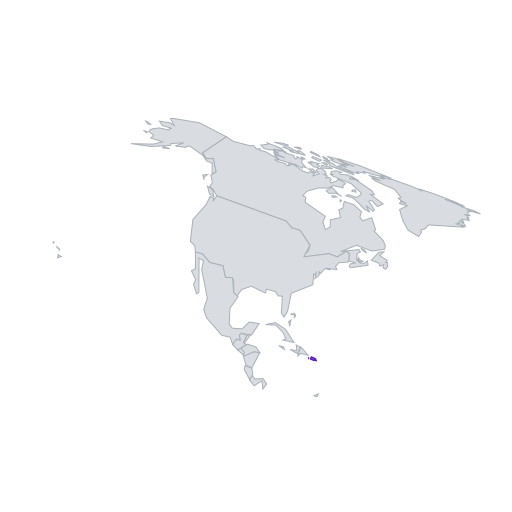 Puerto Rico on a map of North America (Equal Earth projection), rotated 21°
{"feature_id": "PRI", "entity_name": "Puerto Rico", "entity_type": "country or territory", "adm_level": 0, "iso_a3": "PRI", "parent_name": "North America", "parent_adm1": "", "projection": "equal_earth", "projection_center": [-66.749, 18.235], "detail": "fine", "context": "in_parent", "style": "filled", "palette": "violet", "viewbox_px": 512, "rotation_deg": 21, "n_neighbors": 17, "source": "natural_earth", "source_scale": "50m", "svg_char_len": 9585}
<svg xmlns="http://www.w3.org/2000/svg" viewBox="0 0 512 512"><g transform="rotate(21 256 256)"><path d="M197.8,213.9L192.2,209.2L188.0,207.9L189.0,203.0L184.9,196.8L188.5,191.8L181.2,180.4L175.0,182.9L168.9,178.9L185.5,155.3L193.8,157.1L211.1,155.2L214.2,153.7L217.9,155.8L221.7,154.4L221.0,156.0L227.6,155.2L239.9,157.1L242.3,158.3L238.7,159.4L242.4,159.9L250.5,159.2L252.3,160.6L255.2,159.4L253.3,158.4L255.1,157.7L259.6,157.3L268.9,160.0L275.6,159.7L275.8,158.2L277.9,157.8L281.0,158.6L280.3,160.8L285.6,156.7L281.5,154.5L282.4,152.2L285.4,150.7L289.9,152.0L292.2,154.3L290.0,155.4L293.9,155.8L293.3,158.1L296.6,156.3L298.9,157.8L297.9,159.5L299.7,161.0L304.3,157.4L304.9,155.0L311.0,155.5L313.7,156.5L311.9,158.9L312.8,161.2L302.9,162.6L298.5,167.0L290.2,170.0L280.3,177.2L278.0,182.8L281.4,183.2L282.6,188.2L306.5,194.1L306.2,200.0L311.2,206.6L314.9,202.2L312.4,195.6L321.1,189.9L316.8,183.2L319.9,180.2L318.8,173.4L328.7,173.0L338.5,176.8L339.1,182.7L343.0,184.9L350.3,178.8L358.3,188.6L357.4,190.5L368.8,195.7L373.1,200.0L373.5,203.6L362.6,209.8L346.1,209.9L333.5,221.4L349.6,213.2L352.0,214.8L349.5,217.1L351.3,223.4L354.8,225.1L359.2,224.6L361.8,220.7L363.9,224.5L349.0,232.8L346.9,232.6L346.8,229.6L351.5,226.7L344.1,227.2L342.4,220.5L338.6,219.2L332.3,227.7L323.2,227.7L301.7,239.6L299.8,238.5L303.1,232.8L302.5,226.5L288.0,216.3L279.3,216.9L271.6,212.6L197.8,213.9ZM305.1,173.0L307.0,171.8L310.2,171.8L307.2,173.8L305.1,173.0ZM318.0,149.0L316.1,147.4L325.4,149.0L320.9,148.9L318.0,149.0ZM314.9,175.2L314.5,173.2L316.0,173.8L314.9,175.2ZM290.4,145.1L289.1,145.8L283.9,145.2L288.3,144.0L290.4,145.1ZM291.3,141.0L286.6,141.0L286.2,140.6L290.2,140.6L291.3,141.0ZM282.4,139.2L288.3,139.8L284.5,140.6L282.4,139.2ZM318.5,145.2L292.8,145.3L290.6,142.9L284.3,142.2L295.4,142.2L299.7,144.0L316.1,143.9L318.5,145.2ZM254.1,140.3L259.7,140.4L252.2,140.7L254.1,140.3ZM257.1,139.2L260.5,139.5L254.7,139.8L257.1,139.2ZM373.9,206.3L371.2,211.2L380.0,213.1L379.4,215.6L381.2,215.0L382.7,218.9L381.8,221.9L378.8,221.4L378.4,218.2L375.5,221.1L373.1,218.6L365.1,218.7L369.5,208.2L373.9,206.3ZM302.2,164.6L311.3,169.0L314.6,169.6L307.8,168.7L301.8,171.4L298.2,170.1L302.2,164.6ZM315.8,150.5L322.1,149.1L340.8,153.6L344.7,156.5L340.7,157.5L356.0,161.8L351.6,166.4L345.2,163.0L342.3,163.3L342.0,164.7L350.0,170.5L349.2,172.4L340.5,169.6L346.5,174.4L340.2,173.3L326.8,167.2L318.4,167.5L320.0,165.6L328.9,165.3L332.1,160.8L330.8,159.0L319.0,154.4L298.3,153.8L296.7,153.1L299.2,152.2L296.2,152.2L296.0,150.1L300.4,147.6L305.8,147.2L304.1,148.4L305.4,149.5L313.1,147.3L316.3,149.2L315.8,150.5ZM284.6,147.8L292.4,146.6L296.2,147.1L285.0,150.5L284.6,147.8ZM232.1,143.2L241.0,141.1L246.9,140.9L244.0,142.5L232.1,143.2ZM177.2,199.5L181.6,197.3L179.2,200.9L180.2,203.5L177.2,199.5ZM269.2,138.6L278.1,139.3L279.9,140.5L269.3,139.8L271.3,139.4L269.2,138.6ZM195.4,215.6L190.2,214.5L185.6,208.1L191.7,209.6L195.4,215.6ZM225.8,146.3L240.8,146.5L244.3,147.8L235.6,149.6L231.6,151.8L225.5,152.8L220.7,150.8L227.1,147.4L225.8,146.3ZM259.4,142.1L266.2,144.2L252.0,146.1L248.9,145.5L253.5,144.8L241.6,144.7L247.4,142.6L259.3,144.2L257.2,142.7L259.4,142.1ZM258.7,148.5L264.6,149.3L265.1,152.6L271.2,155.6L267.6,155.8L267.6,157.5L260.3,156.5L243.7,157.9L236.6,154.8L247.6,153.9L236.1,153.6L235.4,152.8L240.8,152.0L234.1,151.5L244.8,148.1L246.7,148.4L245.2,149.3L255.4,148.7L257.8,151.3L259.3,150.5L258.7,148.5ZM274.9,149.2L273.1,148.0L282.0,147.2L280.1,148.7L283.0,149.5L282.0,151.3L278.3,152.0L270.5,149.6L274.9,149.2ZM262.8,147.5L265.6,147.5L267.0,147.9L264.7,149.1L262.8,147.5ZM273.1,142.8L282.8,143.0L281.2,145.0L272.7,144.1L273.1,142.8ZM286.8,137.6L295.6,136.3L307.8,138.6L301.1,140.0L293.5,139.9L291.6,139.3L293.4,138.5L286.8,137.6ZM297.4,135.7L321.2,134.5L354.6,135.0L343.4,136.1L347.6,136.1L336.5,138.0L325.3,138.6L327.9,138.7L326.6,139.0L328.1,139.6L319.2,141.5L322.9,142.2L317.3,143.1L299.5,142.6L303.2,141.6L302.5,140.5L308.9,141.0L303.3,139.8L309.2,138.6L305.9,137.5L315.8,137.2L304.7,137.1L297.4,135.7ZM326.5,160.5L322.5,161.3L322.1,160.1L325.2,158.5L326.5,160.5ZM277.8,154.4L282.6,156.7L281.0,157.4L273.8,156.0L277.8,154.4ZM351.0,211.0L355.3,211.6L358.2,213.6L353.5,212.6L351.0,211.0ZM352.5,220.6L353.4,222.3L357.9,222.7L355.6,224.3L352.2,222.8L352.5,220.6Z" fill="#d9dde1" stroke="#a8b0b8" stroke-width="1"/><path d="M197.8,213.9L271.6,212.6L279.3,216.9L288.0,216.3L302.5,226.5L301.0,239.6L323.2,227.7L332.3,227.7L338.6,219.2L342.4,220.5L344.6,228.4L336.0,232.4L333.9,237.2L336.3,239.7L325.8,242.3L330.7,242.3L325.1,242.9L322.2,249.6L320.5,247.5L321.7,251.6L319.0,256.0L318.1,248.8L318.0,252.8L316.2,252.2L319.4,262.4L302.3,278.2L305.3,296.3L304.1,303.0L300.2,300.3L295.0,284.1L290.8,285.3L287.2,282.3L277.7,283.2L277.9,287.2L262.4,285.9L254.5,292.5L252.6,300.5L248.3,298.3L243.8,286.3L234.9,286.8L228.6,277.0L215.1,278.6L205.2,273.2L198.0,274.0L195.1,268.2L189.5,266.0L184.0,244.5L191.0,225.9L191.9,216.7L195.9,217.2L196.3,220.4L197.8,213.9ZM185.5,155.3L168.9,178.9L175.0,182.9L181.2,180.4L188.5,191.8L185.6,195.2L181.9,185.2L175.9,184.9L170.3,181.1L155.5,177.3L152.5,177.9L151.6,179.8L141.2,182.2L148.0,176.2L136.1,181.6L136.8,183.0L133.1,185.1L118.3,191.5L99.0,195.9L119.9,188.4L127.9,182.9L115.5,183.6L117.1,179.8L111.6,178.3L112.1,175.6L114.4,174.0L119.6,171.2L129.8,169.5L129.5,167.9L132.0,166.9L121.8,167.8L117.5,164.7L127.8,162.5L133.0,163.6L126.9,158.3L129.3,157.2L155.3,151.9L185.5,155.3ZM104.7,169.5L107.3,169.7L110.5,170.8L107.8,171.6L104.7,169.5ZM70.8,325.5L74.5,326.3L71.4,328.7L70.8,325.5ZM70.2,320.1L70.5,321.9L69.9,320.4L70.2,320.1ZM68.5,319.2L69.7,319.9L68.1,319.7L68.5,319.2ZM65.9,318.9L67.3,318.8L67.1,319.1L65.9,318.9ZM62.2,315.1L62.3,316.5L61.4,315.8L62.2,315.1ZM105.9,179.2L110.3,178.9L109.7,180.0L105.9,179.2ZM130.6,187.1L137.0,186.7L130.0,188.5L130.6,187.1Z" fill="#d9dde1" stroke="#a8b0b8" stroke-width="1"/><path d="M329.9,325.4L329.9,332.3L321.4,331.1L328.0,329.8L325.4,324.6L329.9,325.4Z" fill="#d9dde1" stroke="#a8b0b8" stroke-width="1"/><path d="M330.8,334.2L330.3,324.7L340.3,330.0L333.1,330.8L330.8,334.2Z" fill="#d9dde1" stroke="#a8b0b8" stroke-width="1"/><path d="M308.7,298.1L311.9,296.4L312.0,297.5L308.7,298.1ZM312.1,295.6L314.4,297.4L313.8,300.3L313.4,297.7L312.1,295.6ZM309.9,305.6L311.6,303.2L312.5,308.9L309.9,305.6Z" fill="#d9dde1" stroke="#a8b0b8" stroke-width="1"/><path d="M383.5,135.0L398.8,134.2L420.7,134.2L433.1,134.9L412.1,135.4L431.2,135.8L429.5,136.4L443.3,135.7L450.6,136.3L436.1,137.5L440.7,137.6L437.8,139.3L438.8,140.9L441.7,141.8L435.6,142.4L439.8,143.2L441.0,144.6L438.9,144.8L442.4,146.3L434.7,148.1L438.3,150.2L433.0,149.9L439.4,151.7L441.0,153.3L437.4,153.7L432.2,151.7L433.6,153.1L431.6,154.2L440.3,154.4L405.8,165.2L403.9,170.3L400.6,172.4L402.0,174.5L400.8,179.5L388.8,177.4L379.9,169.9L373.4,161.1L379.3,154.9L371.2,155.6L371.5,153.0L377.9,153.5L368.2,151.3L370.3,149.4L361.7,144.2L341.6,143.3L335.9,141.8L345.1,141.3L332.2,140.3L347.2,138.5L348.0,138.0L342.7,137.6L353.9,136.3L353.1,135.8L376.5,135.2L388.0,135.9L383.5,135.0Z" fill="#d9dde1" stroke="#a8b0b8" stroke-width="1"/><path d="M198.0,274.0L205.2,273.2L215.1,278.6L228.6,277.0L234.9,286.8L241.9,284.7L248.3,298.3L253.8,300.3L250.4,314.2L255.4,329.1L259.8,331.9L269.3,328.9L273.2,320.1L283.2,317.9L280.1,331.4L270.3,333.3L268.8,335.6L271.6,340.5L267.6,340.6L265.9,346.9L261.0,341.1L252.6,342.3L231.8,331.3L226.3,324.5L225.7,312.9L210.1,288.0L208.8,279.3L203.6,278.4L215.7,310.5L214.1,312.7L207.9,304.9L208.2,299.8L201.0,292.9L204.1,289.6L198.0,274.0Z" fill="#d9dde1" stroke="#a8b0b8" stroke-width="1"/><path d="M311.8,371.7L310.1,377.8L306.3,370.3L300.7,377.8L294.5,374.2L294.4,368.2L299.0,371.2L306.6,367.9L311.8,371.7Z" fill="#d9dde1" stroke="#a8b0b8" stroke-width="1"/><path d="M295.6,367.9L294.2,373.5L285.8,366.3L285.0,362.3L292.2,362.1L295.6,367.9Z" fill="#d9dde1" stroke="#a8b0b8" stroke-width="1"/><path d="M292.2,362.1L285.8,361.4L279.9,353.8L288.6,345.9L294.2,345.0L292.2,362.1Z" fill="#d9dde1" stroke="#a8b0b8" stroke-width="1"/><path d="M294.2,345.0L288.6,345.9L281.0,353.5L274.8,347.4L279.5,341.4L288.6,340.9L294.2,345.0Z" fill="#d9dde1" stroke="#a8b0b8" stroke-width="1"/><path d="M274.8,347.4L279.8,350.1L279.2,352.8L272.4,350.3L274.8,347.4Z" fill="#d9dde1" stroke="#a8b0b8" stroke-width="1"/><path d="M265.9,346.9L267.6,340.6L271.6,340.5L268.8,335.6L270.3,333.3L276.0,333.3L275.4,341.3L278.5,342.0L274.8,347.4L272.4,350.3L265.9,346.9Z" fill="#d9dde1" stroke="#a8b0b8" stroke-width="1"/><path d="M276.0,333.3L279.3,331.1L276.4,341.3L275.4,341.3L276.0,333.3Z" fill="#d9dde1" stroke="#a8b0b8" stroke-width="1"/><path d="M309.4,331.6L313.9,330.9L316.0,333.0L309.4,331.6Z" fill="#d9dde1" stroke="#a8b0b8" stroke-width="1"/><path d="M298.0,311.2L309.9,313.9L322.4,323.1L311.4,324.8L313.5,322.6L308.6,317.7L299.4,313.4L289.6,316.5L298.0,311.2Z" fill="#d9dde1" stroke="#a8b0b8" stroke-width="1"/><path d="M360.2,365.7L363.5,362.4L363.4,365.6L360.2,365.7Z" fill="#d9dde1" stroke="#a8b0b8" stroke-width="1"/><path d="M347.1,330.7L347.2,330.8L347.3,330.7L347.2,330.6L347.3,330.6L347.9,330.7L348.2,330.9L348.6,330.9L348.7,331.5L348.4,331.7L348.2,332.0L348.0,332.3L347.6,332.6L347.1,332.7L346.7,332.7L346.2,332.7L345.9,332.6L345.6,332.6L345.1,332.6L344.9,332.7L344.7,332.7L344.4,332.7L344.0,332.7L343.8,332.5L343.9,331.9L343.9,331.6L343.8,331.3L343.7,331.2L343.7,330.9L343.9,330.7L344.1,330.4L345.0,330.5L346.9,330.5L347.0,330.6L347.1,330.7ZM349.3,332.1L349.0,332.1L348.9,332.1L349.1,331.8L349.4,331.9L349.6,331.9L349.7,332.0L349.3,332.1ZM341.7,332.3L341.6,332.2L341.8,332.0L341.7,332.2L341.7,332.3L341.7,332.3Z" fill="#8b5cf6" stroke="#5b21b6" stroke-width="1.5"/></g></svg>